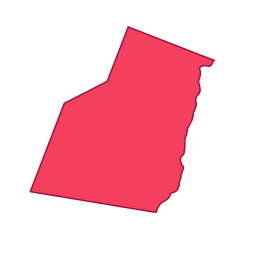 the district of Assunção do Piauí, Piauí, Brazil, rotated 21°
{"feature_id": "56859067B20016792285726", "entity_name": "Assunção do Piauí", "entity_type": "district", "adm_level": 2, "iso_a3": "BRA", "parent_name": "Brazil", "parent_adm1": "Piauí", "projection": "robinson", "projection_center": [-40.956, -5.876], "detail": "fine", "context": "isolated", "style": "filled", "palette": "rose", "viewbox_px": 256, "rotation_deg": 21, "n_neighbors": 0, "source": "geoboundaries", "source_scale": "gbopen_adm2", "svg_char_len": 1086}
<svg xmlns="http://www.w3.org/2000/svg" viewBox="0 0 256 256"><g transform="rotate(21 128 128)"><path d="M184.2,34.0L165.4,34.0L92.0,33.6L92.0,40.5L91.9,91.8L82.5,102.3L81.6,103.4L69.4,117.0L61.5,125.9L59.7,127.8L59.7,149.1L59.7,150.3L59.6,222.4L82.9,217.6L117.9,210.4L153.2,203.2L155.1,202.8L181.3,197.4L184.6,196.4L184.2,192.5L184.4,191.3L185.6,186.4L187.1,184.4L188.2,183.3L189.9,180.8L190.6,179.6L191.3,176.5L191.5,173.7L192.1,172.8L194.8,170.7L195.7,169.0L196.3,167.5L196.4,164.6L196.2,162.4L195.3,160.5L195.3,156.5L194.3,152.1L194.2,146.6L194.0,144.8L193.2,144.0L191.0,142.8L189.0,140.2L188.1,138.6L187.9,135.9L189.0,133.4L189.3,131.4L188.6,127.9L187.1,123.1L185.8,120.1L185.0,117.4L185.0,113.8L184.4,109.8L183.8,107.8L184.9,98.1L184.7,95.3L183.6,90.1L183.7,83.2L183.1,80.8L181.2,78.0L180.8,76.2L180.7,74.9L181.0,72.8L181.9,70.8L182.1,67.6L180.2,63.7L178.3,61.2L177.2,59.3L176.9,57.2L176.9,55.4L176.3,51.7L175.0,48.9L173.2,46.5L173.7,44.9L175.4,43.4L176.7,42.4L178.2,42.0L181.8,41.2L183.3,39.3L183.7,35.4L184.2,34.0Z" fill="#f43f5e" stroke="#9f1239" stroke-width="1.5"/></g></svg>